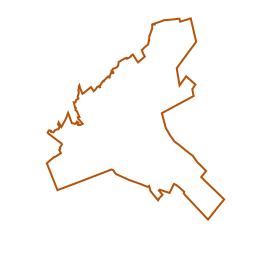 Alexandria, Teleorman, Romania (Robinson projection), rotated 262°
{"feature_id": "2599482B3696465031488", "entity_name": "Alexandria", "entity_type": "district", "adm_level": 2, "iso_a3": "ROU", "parent_name": "Romania", "parent_adm1": "Teleorman", "projection": "robinson", "projection_center": [25.389, 43.982], "detail": "fine", "context": "isolated", "style": "outline", "palette": "amber", "viewbox_px": 256, "rotation_deg": 262, "n_neighbors": 0, "source": "geoboundaries", "source_scale": "gbopen_adm2", "svg_char_len": 3279}
<svg xmlns="http://www.w3.org/2000/svg" viewBox="0 0 256 256"><g transform="rotate(262 128 128)"><path d="M26.2,194.5L32.6,201.2L37.2,206.0L43.9,213.3L53.6,205.8L64.2,197.4L66.7,195.6L68.7,194.1L69.2,193.7L74.6,199.4L78.3,196.6L83.1,193.0L85.0,191.6L87.0,190.6L91.4,188.3L97.6,182.2L103.7,176.6L108.5,171.8L110.4,171.0L114.3,168.9L122.7,165.5L125.4,165.1L131.2,164.4L138.0,163.6L138.7,165.5L150.5,197.4L157.5,197.1L161.6,200.8L171.1,192.8L163.0,185.0L179.0,184.6L180.5,184.6L203.9,207.5L227.8,205.4L227.8,205.2L227.8,204.6L227.3,202.7L227.2,201.7L226.9,199.8L226.6,198.2L226.3,196.0L226.0,194.5L229.1,194.1L229.2,191.7L229.2,189.1L229.3,186.4L229.5,181.4L229.8,178.9L229.6,178.2L229.3,176.8L229.1,176.0L228.8,174.5L228.2,171.7L228.1,170.5L227.8,169.2L227.7,168.8L227.7,168.7L227.4,168.7L227.1,168.8L226.8,168.8L226.7,168.8L226.7,168.7L226.8,168.7L227.2,168.5L227.5,168.3L227.6,168.2L227.5,167.5L227.3,166.7L227.2,166.4L226.8,166.3L226.3,166.2L225.9,166.2L225.2,166.1L223.4,165.8L223.0,165.8L222.8,165.7L221.7,165.0L220.7,164.6L220.1,164.2L219.5,163.9L219.2,163.7L217.2,162.6L216.9,162.4L216.6,162.4L216.5,162.2L216.4,162.0L215.6,161.8L214.2,161.6L213.1,161.4L211.8,161.2L211.8,160.7L209.6,160.2L208.0,159.7L205.8,155.9L204.2,154.0L203.4,152.5L201.1,153.0L198.8,153.6L196.4,154.6L191.6,147.1L194.8,145.4L197.4,144.3L200.0,143.1L199.8,142.6L199.5,141.9L199.3,141.4L199.1,141.1L198.6,140.9L198.3,140.4L197.1,138.3L197.2,137.7L197.5,136.8L196.0,136.5L197.5,136.2L197.6,135.5L197.5,135.1L196.3,131.8L195.8,130.6L195.4,129.9L194.7,127.9L192.5,127.4L191.5,127.1L190.5,126.4L189.8,125.5L189.3,124.2L188.8,122.3L188.9,121.9L188.6,121.1L187.4,120.4L184.6,121.2L184.4,120.7L186.1,119.4L184.8,119.0L183.6,118.1L182.2,117.4L181.5,116.7L179.9,117.0L181.8,115.5L180.5,113.6L179.7,112.8L178.3,110.6L177.8,110.7L177.7,110.5L178.0,110.3L177.9,109.7L177.5,109.3L173.0,105.6L172.3,105.9L172.2,105.6L173.5,105.0L173.3,104.5L172.7,102.8L171.6,102.2L169.2,99.2L173.7,97.0L170.9,92.4L168.7,88.9L168.2,87.7L172.3,86.6L174.1,86.1L177.0,85.8L176.2,85.2L173.7,84.7L172.6,84.1L172.1,84.0L171.1,84.4L168.1,83.6L167.9,83.5L166.1,82.4L165.2,82.6L164.6,83.1L164.0,83.0L163.5,82.3L163.3,81.0L162.9,80.6L162.5,80.2L161.2,79.9L161.0,79.7L160.7,79.5L160.5,78.9L160.9,78.2L161.0,77.9L155.6,78.4L155.3,79.1L154.8,79.1L154.1,78.6L152.9,78.5L151.8,79.7L149.7,80.3L145.7,81.4L145.7,79.9L144.0,80.1L138.5,83.7L137.6,80.9L137.8,79.5L138.0,79.0L139.9,79.8L141.5,78.4L140.3,77.4L139.6,77.8L139.5,76.0L139.7,75.8L140.6,73.1L151.3,70.8L145.5,67.6L138.2,62.1L143.2,60.1L141.2,59.2L140.7,59.4L140.6,60.0L139.8,60.3L138.8,60.4L138.1,59.8L137.2,59.6L136.4,58.5L136.5,57.3L135.9,55.3L134.3,53.9L134.1,53.1L134.9,51.3L135.8,51.5L136.7,49.7L135.6,48.4L134.3,47.8L129.4,52.5L124.1,57.8L123.6,58.3L121.9,60.1L121.0,60.3L118.8,58.6L118.0,57.7L116.8,58.0L116.0,56.9L112.4,58.1L110.4,53.7L109.3,51.3L109.4,51.1L109.6,50.9L109.2,50.3L107.2,47.0L104.4,42.7L78.0,49.1L76.3,49.5L78.3,58.6L81.4,72.3L83.9,83.1L89.2,106.0L88.0,107.8L85.7,108.7L84.3,109.6L83.7,110.2L76.2,122.2L71.1,132.0L67.6,138.0L67.0,139.5L67.7,140.8L62.3,141.6L52.2,147.7L52.7,148.1L53.0,147.8L57.0,152.9L61.8,149.9L62.5,150.8L57.9,160.1L66.2,165.7L65.2,167.5L62.1,170.5L57.0,174.7L55.5,174.2L53.9,175.0L26.2,194.5Z" fill="none" stroke="#b45309" stroke-width="2"/></g></svg>